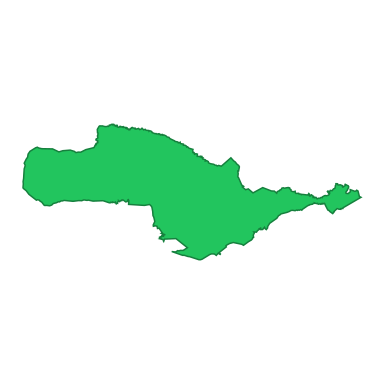 the district of Arbore, Suceava, Romania
{"feature_id": "2599482B94816756597949", "entity_name": "Arbore", "entity_type": "district", "adm_level": 2, "iso_a3": "ROU", "parent_name": "Romania", "parent_adm1": "Suceava", "projection": "robinson", "projection_center": [25.905, 47.743], "detail": "fine", "context": "isolated", "style": "filled", "palette": "green", "viewbox_px": 384, "rotation_deg": 0, "n_neighbors": 0, "source": "geoboundaries", "source_scale": "gbopen_adm2", "svg_char_len": 6059}
<svg xmlns="http://www.w3.org/2000/svg" viewBox="0 0 384 384"><path d="M233.3,242.5L241.8,244.3L243.5,245.3L248.6,241.6L251.4,240.0L252.5,238.7L252.7,237.7L253.6,237.4L253.3,235.1L254.4,232.8L253.8,232.0L256.5,232.1L257.5,230.6L259.7,229.1L259.3,228.7L260.6,228.1L260.8,229.6L262.7,229.5L264.5,227.3L265.3,228.9L266.3,229.6L267.6,227.9L267.6,226.8L268.1,225.8L269.7,223.3L276.9,218.2L278.5,215.7L280.1,214.8L281.0,213.9L286.9,212.4L289.3,211.5L290.9,210.5L292.6,210.3L295.1,210.7L296.9,210.0L297.6,210.4L298.4,210.0L299.5,210.2L300.7,209.6L301.8,210.2L302.5,209.3L307.7,205.7L309.5,205.0L309.5,204.7L312.5,204.2L313.2,203.6L314.6,203.3L314.5,202.9L316.3,203.6L317.5,203.4L317.6,203.8L318.4,204.2L319.9,203.9L320.6,204.2L320.8,203.9L321.7,204.1L321.9,203.6L322.4,203.9L322.9,203.4L323.4,203.8L324.2,203.4L324.3,203.8L324.9,203.9L325.3,205.1L327.8,210.0L329.2,210.7L329.9,211.6L332.7,213.6L334.2,211.8L334.0,211.5L337.1,208.6L338.9,209.2L340.8,209.3L340.8,208.6L342.9,208.5L343.0,207.8L361.0,197.3L359.4,196.5L358.0,191.0L357.2,190.5L356.7,190.2L355.8,191.1L354.8,191.3L350.2,189.6L350.4,191.7L348.1,193.6L346.4,193.4L345.9,193.0L345.9,192.0L347.2,190.4L348.5,187.6L348.7,186.8L348.3,185.9L345.2,184.3L345.0,184.6L345.2,185.6L342.9,187.2L342.4,186.7L342.7,185.9L342.4,185.6L340.3,184.8L338.1,185.0L337.7,184.6L337.6,183.8L337.2,183.7L336.0,183.7L336.1,184.1L335.3,185.9L335.3,186.8L334.8,188.4L333.5,188.9L332.1,190.7L330.3,190.4L329.5,191.7L327.9,191.0L327.4,191.5L328.8,193.5L329.2,193.1L329.7,193.2L329.2,194.5L328.4,195.2L326.4,195.8L325.3,195.5L324.5,195.7L322.5,196.8L322.2,197.6L321.1,197.4L320.0,198.2L318.5,198.2L317.1,198.8L315.9,197.3L314.6,197.8L314.3,197.7L314.7,197.3L314.4,197.1L313.1,197.5L313.0,197.2L313.4,196.9L313.4,196.2L312.3,195.7L311.6,194.8L310.5,195.1L310.5,195.8L310.0,196.1L309.3,195.8L309.0,195.2L309.3,194.1L308.8,193.5L308.2,194.5L307.5,195.0L302.6,194.4L301.3,194.7L301.0,194.1L299.0,194.0L298.7,193.3L295.8,193.4L295.2,192.5L295.2,191.3L293.2,191.7L291.9,191.4L291.0,190.8L291.0,189.7L289.5,188.5L289.6,187.9L288.2,187.5L284.3,188.2L283.3,187.8L281.9,188.1L281.0,189.7L280.0,189.9L279.3,190.9L278.4,191.0L277.2,191.8L276.7,193.2L274.3,191.1L271.5,191.0L262.7,187.6L253.0,192.9L248.3,188.9L245.6,189.7L242.4,187.0L243.6,186.3L241.7,185.0L238.5,177.6L237.8,176.8L238.2,173.8L237.8,171.5L237.9,170.9L238.6,171.0L239.4,166.9L238.7,165.5L236.7,163.9L235.4,162.1L233.6,160.8L230.9,157.8L221.3,166.2L218.7,165.4L217.2,166.0L216.2,165.2L215.1,165.2L213.8,164.3L210.5,163.7L208.5,162.8L208.3,161.6L206.6,160.6L205.3,161.0L205.4,160.0L205.2,159.7L202.8,159.0L202.9,158.4L202.2,157.9L202.7,157.6L201.6,157.1L202.0,156.7L201.9,156.4L200.4,156.2L200.1,156.9L199.2,156.4L197.2,156.4L197.4,154.1L195.7,153.7L194.6,154.3L194.3,153.9L194.1,152.6L192.9,152.5L193.0,151.6L192.6,150.9L193.0,149.4L189.0,148.2L187.6,146.8L186.8,147.1L186.3,146.0L184.9,145.2L183.4,145.3L183.4,144.1L180.6,143.6L180.1,142.2L179.6,142.7L178.3,142.8L178.0,142.1L177.2,141.8L174.9,141.4L174.7,140.9L169.9,138.6L168.9,137.3L167.3,137.1L166.0,135.9L164.3,135.1L163.6,134.9L163.3,135.3L162.6,135.2L162.3,134.5L161.1,135.0L161.1,134.5L160.8,134.4L159.3,134.5L159.4,134.0L159.1,133.7L156.9,134.1L156.0,133.5L155.2,133.7L153.7,133.2L152.0,132.5L151.8,131.6L150.7,131.0L149.4,130.8L149.0,131.2L148.8,130.5L146.1,130.3L145.2,129.3L143.7,129.9L142.0,128.2L140.9,129.2L139.7,129.6L138.6,128.4L136.2,129.1L135.2,129.0L134.9,128.8L135.4,128.4L135.2,128.1L133.7,128.2L132.2,127.4L131.6,127.7L131.5,128.2L130.3,128.5L130.1,129.6L129.0,129.9L128.6,129.0L127.9,129.2L126.5,128.6L127.2,128.1L127.1,127.8L125.9,127.4L125.4,127.7L124.4,127.2L123.4,127.5L123.0,127.4L123.1,126.7L121.1,127.0L120.9,126.5L120.1,126.3L119.7,126.5L119.8,126.9L118.4,127.3L117.0,126.7L116.8,126.2L117.4,126.1L117.3,125.6L116.1,125.5L115.6,126.1L115.1,125.8L115.6,125.4L114.2,125.5L114.2,124.8L113.9,124.4L113.2,124.3L112.4,124.8L112.2,124.3L111.3,124.4L110.1,125.3L109.4,125.1L109.3,125.5L108.4,126.4L107.8,126.1L107.0,126.5L105.1,126.6L102.3,125.9L100.5,126.0L100.0,125.8L99.1,126.3L97.3,129.4L97.5,132.8L98.0,133.0L98.0,133.5L97.7,135.8L97.4,136.0L97.8,137.1L97.8,138.0L96.0,139.2L96.0,140.0L96.5,140.0L97.1,140.9L97.7,140.8L97.8,142.7L96.3,143.3L95.8,144.0L96.2,144.1L96.3,144.6L95.0,145.5L94.0,147.6L85.9,149.6L80.7,152.2L78.3,152.1L75.9,152.6L74.4,151.4L70.2,150.1L62.9,150.7L58.9,151.9L52.6,148.9L41.9,148.7L38.7,148.0L37.3,147.2L35.6,147.8L30.0,151.3L28.1,154.1L27.6,157.2L26.3,159.0L24.2,163.2L25.1,165.0L25.1,166.0L24.2,168.8L23.6,178.5L23.1,181.6L23.3,183.9L23.0,187.6L23.3,188.4L26.2,190.7L28.9,194.3L36.4,200.2L37.6,199.7L39.3,200.2L40.0,201.1L41.8,202.2L44.0,205.1L44.8,205.5L46.7,205.4L49.7,205.8L51.8,205.0L53.3,203.5L56.6,202.7L58.2,201.8L59.5,201.9L61.2,200.9L62.6,200.9L64.1,200.4L73.0,201.3L78.7,200.6L81.8,200.7L83.9,199.9L87.1,200.4L88.2,200.1L93.0,201.1L103.0,200.7L109.3,202.8L110.3,202.8L110.5,202.3L112.2,202.6L112.4,202.0L114.4,202.6L115.4,202.1L115.6,203.0L116.1,203.2L116.3,203.8L117.1,203.1L117.6,203.3L117.8,201.8L118.5,201.2L118.5,200.6L119.7,201.6L120.5,200.8L121.8,200.6L121.7,200.1L122.4,199.9L123.3,200.1L125.7,201.9L127.1,201.6L127.5,200.7L128.4,200.2L128.1,199.7L128.3,199.6L128.8,200.5L128.6,204.4L144.4,205.4L149.6,204.5L151.0,205.8L151.9,207.2L152.7,211.5L153.0,215.7L153.8,217.2L154.8,221.5L153.2,225.0L153.3,225.7L153.6,225.4L154.3,225.7L154.2,226.1L155.2,225.8L157.1,226.3L157.5,228.5L159.1,228.2L162.2,232.8L161.3,233.3L164.7,234.6L164.6,234.9L163.9,234.9L163.2,235.4L163.4,236.2L162.7,236.0L162.1,235.1L161.6,236.0L162.0,236.3L161.9,236.6L161.3,236.9L160.8,236.6L159.5,237.2L159.5,237.8L160.6,238.5L159.9,238.8L163.0,239.6L163.7,240.4L163.4,240.9L163.7,241.4L164.5,239.1L176.0,238.6L187.4,247.7L183.2,250.4L180.3,250.4L178.9,250.9L177.8,250.6L175.5,252.0L171.7,251.5L182.5,255.3L184.3,255.3L188.0,256.5L189.7,256.7L198.9,259.7L200.6,259.7L202.1,259.2L209.8,254.5L211.5,253.9L214.4,254.0L216.3,255.4L218.1,253.3L220.1,254.4L220.4,254.0L219.1,252.6L226.3,246.9L225.9,245.8L226.7,245.1L229.6,243.5L233.3,242.5Z" fill="#22c55e" stroke="#15803d" stroke-width="1.5"/></svg>